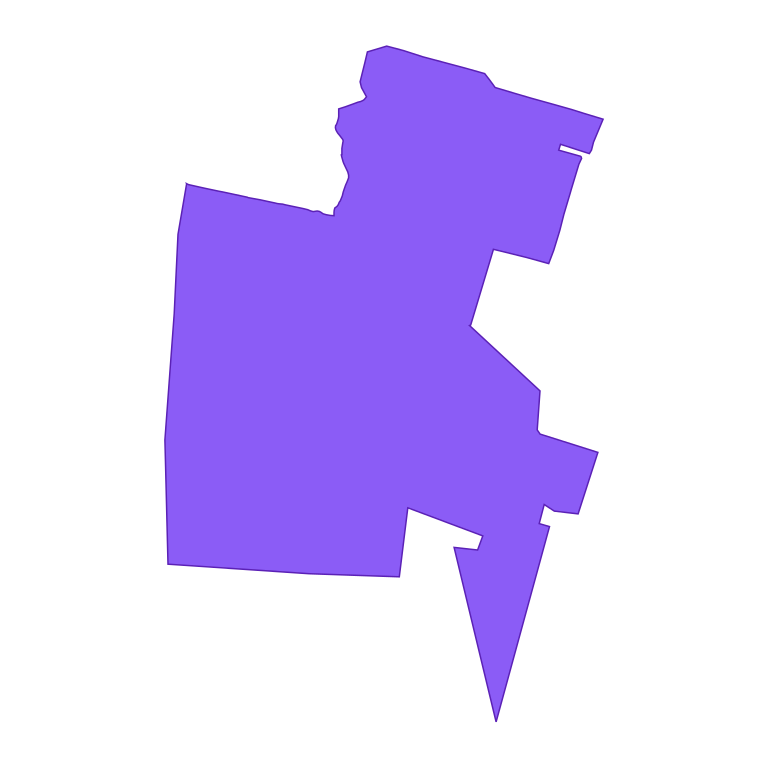 the district of Santa María Guelacé, Oaxaca, Mexico
{"feature_id": "50627088B91353096656527", "entity_name": "Santa María Guelacé", "entity_type": "district", "adm_level": 2, "iso_a3": "MEX", "parent_name": "Mexico", "parent_adm1": "Oaxaca", "projection": "mercator", "projection_center": [-96.612, 16.991], "detail": "fine", "context": "isolated", "style": "filled", "palette": "violet", "viewbox_px": 768, "rotation_deg": 0, "n_neighbors": 0, "source": "geoboundaries", "source_scale": "gbopen_adm2", "svg_char_len": 1865}
<svg xmlns="http://www.w3.org/2000/svg" viewBox="0 0 768 768"><path d="M164.9,440.0L165.6,467.2L168.0,564.2L308.8,573.7L399.3,576.8L407.8,507.8L482.8,535.9L477.6,550.0L454.1,547.4L477.4,644.3L496.1,721.9L549.5,526.6L539.2,523.6L544.2,504.5L554.3,511.1L578.1,513.9L597.9,452.4L540.1,434.1L537.2,429.9L540.0,390.9L469.5,325.5L470.7,325.0L493.0,250.8L493.4,249.3L526.7,257.5L548.7,263.6L553.7,250.4L559.3,232.1L559.9,230.1L563.9,214.3L570.1,193.5L570.3,192.8L571.3,189.3L578.9,164.2L581.6,158.4L581.0,156.6L580.3,156.2L559.9,150.5L558.7,150.1L559.2,148.6L560.5,144.3L589.3,153.6L591.5,150.1L593.5,142.2L603.1,119.2L584.0,113.4L571.6,109.5L555.0,104.8L531.6,98.3L515.2,93.5L495.1,87.5L492.9,84.4L488.9,79.0L487.0,76.6L484.7,73.6L464.8,68.0L441.6,61.8L422.8,56.8L403.6,50.6L386.7,46.1L367.4,51.9L364.8,62.9L362.5,72.1L360.1,81.8L361.5,87.6L366.5,96.8L364.2,99.6L363.1,100.4L360.7,101.5L357.9,102.2L353.6,103.8L345.3,106.8L338.7,108.9L338.7,111.2L338.7,116.5L338.4,118.5L337.2,122.5L336.5,124.4L335.6,125.7L335.4,127.7L335.9,129.8L336.7,131.4L337.8,133.2L339.8,135.6L341.3,137.6L342.7,139.4L343.2,140.9L342.8,142.7L341.9,148.4L341.9,152.7L341.9,154.7L341.3,154.9L341.4,155.3L341.6,156.2L341.9,157.4L343.0,161.4L343.7,163.3L346.0,168.2L347.8,172.0L348.6,175.1L348.6,177.8L347.4,181.0L347.2,181.4L347.0,182.0L345.6,185.1L344.2,189.1L343.2,192.1L342.3,195.9L340.3,200.8L339.2,202.3L338.3,204.6L337.0,206.4L334.8,208.0L334.2,210.3L334.0,212.4L334.0,215.7L330.0,215.4L326.2,214.7L323.1,213.8L320.8,212.2L319.3,211.4L317.2,211.0L315.2,211.3L313.1,211.6L310.3,210.8L307.8,209.7L302.9,208.5L285.2,204.8L282.6,204.1L279.1,203.8L277.0,203.5L275.5,203.1L266.2,201.1L260.2,199.8L248.0,197.6L247.3,197.2L223.0,192.0L218.3,191.1L206.9,188.7L202.3,187.7L188.5,184.6L186.5,183.6L186.6,183.9L178.0,234.3L174.2,313.8L164.9,440.0Z" fill="#8b5cf6" stroke="#5b21b6" stroke-width="1.5"/></svg>